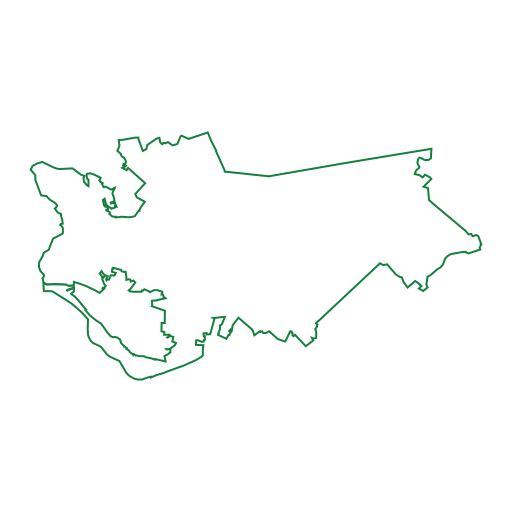 Tīnūžu pag., Ikskiles, Latvia (Mercator projection)
{"feature_id": "27541924B46293961253213", "entity_name": "Tīnūžu pag.", "entity_type": "district", "adm_level": 2, "iso_a3": "LVA", "parent_name": "Latvia", "parent_adm1": "Ikskiles", "projection": "mercator", "projection_center": [24.551, 56.857], "detail": "fine", "context": "isolated", "style": "outline", "palette": "green", "viewbox_px": 512, "rotation_deg": 0, "n_neighbors": 0, "source": "geoboundaries", "source_scale": "gbopen_adm2", "svg_char_len": 6001}
<svg xmlns="http://www.w3.org/2000/svg" viewBox="0 0 512 512"><path d="M468.5,253.4L480.3,249.5L479.6,247.7L481.0,244.9L480.8,244.4L481.3,244.2L478.6,237.0L477.7,235.6L475.9,235.1L472.7,236.3L471.2,234.0L468.5,234.4L465.6,230.9L433.9,204.4L429.0,199.9L428.0,188.2L423.6,186.7L431.3,179.0L430.1,177.5L425.1,174.7L422.6,177.4L419.3,175.1L414.8,174.1L415.4,172.7L415.2,172.6L415.5,171.9L416.3,170.2L419.0,168.0L419.3,167.4L419.4,166.8L417.9,164.4L417.4,162.9L418.1,159.3L418.6,158.3L419.6,157.7L420.5,157.7L423.9,159.7L425.4,160.1L428.6,159.9L429.9,159.1L430.9,158.3L431.0,156.4L431.4,148.8L345.5,163.0L268.8,176.3L224.7,171.6L224.4,169.9L216.1,151.4L216.3,150.9L210.9,140.2L207.8,132.5L188.6,138.9L182.0,135.9L181.2,135.8L180.5,136.5L177.5,143.7L177.1,144.1L172.5,145.4L167.9,142.0L165.7,143.3L163.5,142.9L162.3,144.3L160.3,142.4L159.4,137.8L158.0,138.1L156.4,138.7L147.3,145.0L146.4,149.0L142.8,151.0L138.1,138.0L138.2,137.6L135.4,137.6L123.3,139.7L118.7,140.1L119.5,145.5L117.4,150.9L120.9,153.9L120.9,154.7L121.9,156.5L124.1,157.7L125.2,159.5L125.9,161.6L125.6,163.2L125.0,163.9L123.6,164.0L123.2,165.4L125.9,165.8L125.6,166.3L122.3,167.9L126.6,170.2L127.3,168.6L128.0,167.9L145.2,183.2L135.3,194.0L136.8,197.4L144.8,201.7L140.6,207.6L139.7,210.0L139.1,210.5L139.2,210.8L138.6,210.8L134.7,216.3L129.4,217.3L121.1,216.7L120.8,217.0L115.6,217.4L115.7,216.8L112.3,216.5L109.4,214.0L109.9,213.1L109.5,212.0L106.2,210.3L106.1,210.1L106.4,209.6L107.9,209.6L108.2,208.9L108.0,208.4L108.5,207.4L107.0,206.8L105.3,206.8L105.1,206.6L105.1,205.9L104.0,205.3L102.9,200.0L104.6,198.8L106.1,204.5L108.9,207.0L111.3,208.2L111.5,208.7L115.3,207.4L114.9,205.9L116.4,206.4L115.0,203.0L112.6,203.0L111.1,203.5L110.8,202.5L114.5,201.3L113.9,197.4L112.7,194.5L112.5,193.3L112.8,192.0L114.4,188.9L114.8,187.7L113.8,188.1L112.5,189.2L110.7,189.5L107.4,187.5L105.1,186.6L103.6,187.1L101.9,183.7L102.6,183.1L100.0,181.6L100.1,181.2L99.3,180.5L100.7,177.8L94.2,174.6L90.5,173.3L87.1,173.8L86.7,174.4L86.8,177.8L87.5,179.1L88.5,179.7L88.5,186.1L86.9,185.1L84.0,181.8L83.5,177.9L84.4,175.9L81.0,174.7L72.5,168.4L60.1,169.0L57.3,168.7L54.2,167.7L41.9,161.8L41.0,162.4L37.3,163.4L32.5,166.0L30.7,169.8L35.3,175.1L35.3,179.8L41.2,195.4L46.5,196.1L49.8,199.7L55.6,203.3L57.2,205.5L56.1,207.4L54.8,208.7L57.8,212.5L61.1,214.1L61.0,215.8L62.3,220.1L62.7,223.7L60.7,224.0L60.2,224.8L61.3,225.6L62.9,228.1L62.8,233.5L53.0,238.7L48.7,249.8L43.7,252.8L42.6,256.3L39.3,261.9L39.0,265.3L39.0,267.2L40.3,270.8L41.7,272.5L43.7,274.4L44.1,276.0L42.5,278.4L42.9,279.5L43.5,282.5L46.7,284.3L55.1,284.0L65.8,284.4L68.2,285.6L69.9,285.7L73.8,285.1L73.9,281.9L79.2,283.5L86.9,286.4L95.6,290.6L99.6,292.9L104.0,288.8L102.6,288.3L102.7,287.9L103.1,287.7L104.0,288.1L105.7,285.9L103.8,283.4L103.2,281.3L102.4,279.7L102.3,278.6L104.2,276.9L104.0,276.7L102.4,278.2L102.3,277.3L101.9,276.6L102.0,276.5L101.5,275.7L99.7,273.6L101.7,271.1L103.1,273.6L105.0,275.2L107.7,276.2L106.1,279.4L106.4,280.1L107.0,279.1L108.1,279.7L109.0,279.7L110.7,275.3L114.5,275.5L115.8,272.9L111.8,271.7L112.4,268.8L113.0,268.9L113.2,267.8L121.1,269.9L121.6,271.3L123.8,271.9L125.6,271.7L126.4,277.4L126.3,279.3L126.8,279.4L126.7,279.8L128.5,279.3L130.3,279.5L130.8,281.5L133.5,280.6L135.3,282.6L130.3,289.1L128.7,290.4L129.9,291.3L133.4,291.8L141.7,291.7L141.9,290.5L143.0,290.5L144.4,289.3L148.9,291.3L149.7,292.2L153.7,290.3L155.4,290.1L157.5,290.2L162.2,291.7L162.2,292.6L161.5,294.5L163.0,294.6L163.6,297.1L164.3,297.2L165.5,298.3L156.8,300.1L156.8,300.4L151.9,300.7L152.2,305.2L151.8,306.2L164.9,310.7L164.7,323.0L161.6,322.9L161.5,331.3L164.4,332.0L164.2,334.8L169.5,334.7L169.9,335.7L167.3,337.5L167.6,337.7L170.1,335.8L173.4,337.1L172.3,341.4L176.0,343.0L174.9,345.1L170.6,348.5L167.8,349.2L166.2,349.1L166.4,349.4L167.8,349.4L170.6,348.8L170.2,349.6L170.5,352.1L167.8,354.4L164.5,356.0L165.6,361.5L155.4,359.1L155.1,359.7L150.8,358.2L146.0,357.3L145.5,356.9L144.3,356.3L138.8,356.1L136.6,355.4L135.7,355.5L134.0,354.1L133.3,355.0L133.0,354.0L131.9,353.7L129.7,352.0L129.2,350.7L126.4,348.9L126.9,348.2L124.6,346.6L124.3,346.6L124.4,346.3L121.5,343.6L121.0,342.8L120.2,339.9L119.5,339.0L116.9,337.4L114.5,336.9L113.1,337.3L110.6,336.2L107.4,332.5L101.2,323.7L95.9,320.3L89.7,315.2L85.4,310.1L86.0,309.7L78.0,299.9L75.1,296.9L71.1,293.8L73.9,291.5L73.9,288.1L67.9,290.1L67.5,290.7L67.0,290.5L67.4,289.9L72.7,287.9L74.0,287.7L73.7,285.4L69.3,286.0L65.8,284.6L52.6,284.3L47.0,284.6L45.7,284.2L43.4,282.8L43.8,291.1L51.9,291.2L52.8,291.6L71.5,303.5L81.7,312.3L88.0,319.4L87.7,329.5L88.0,334.1L88.6,336.9L90.7,340.9L93.2,343.1L99.7,346.1L101.7,347.7L107.1,354.7L111.6,357.5L119.4,361.0L126.3,372.8L128.4,375.0L130.3,376.5L134.4,378.7L137.8,379.5L142.0,379.5L150.6,376.6L150.8,377.5L157.0,374.9L163.7,373.0L168.7,370.9L183.4,365.7L196.0,360.1L201.4,356.8L202.8,355.6L202.8,349.6L203.4,345.2L196.0,344.9L196.1,340.4L197.8,340.2L201.9,341.9L203.7,341.5L203.7,340.2L204.9,339.6L204.8,336.3L203.8,336.3L203.5,333.4L206.6,333.1L206.8,334.5L210.2,334.2L214.4,319.0L213.1,318.1L224.9,316.8L221.9,324.3L219.8,325.5L220.2,328.6L218.4,333.1L218.7,333.3L218.1,334.9L226.4,338.8L228.6,334.8L229.5,335.0L230.1,333.3L230.9,332.2L229.2,331.0L230.4,329.5L231.2,330.6L231.8,330.7L232.7,325.2L238.5,317.7L252.1,329.5L252.8,330.7L254.4,335.3L260.0,331.2L260.4,331.9L262.1,331.4L262.9,332.7L263.7,333.1L266.2,332.9L269.1,331.3L277.8,339.0L285.1,341.5L285.7,340.7L290.2,331.3L291.7,331.6L291.8,332.8L292.6,333.4L292.5,335.4L293.5,336.2L295.0,334.8L305.8,346.2L313.2,340.5L312.0,337.9L313.6,338.6L316.2,337.9L316.2,331.5L315.3,329.3L317.0,326.5L316.8,325.0L317.3,324.6L316.0,323.3L380.0,263.3L383.3,265.1L387.1,264.3L395.9,274.5L399.6,276.8L401.8,277.4L403.5,281.9L407.6,287.5L415.2,281.0L420.1,284.6L419.9,284.9L421.4,286.0L418.9,288.5L423.2,291.0L427.6,287.4L426.3,284.6L427.4,278.1L427.4,276.8L430.5,275.1L437.3,269.3L440.5,267.4L443.1,264.2L445.1,258.6L447.3,256.3L449.5,254.8L451.3,254.0L463.0,251.9L465.9,251.8L466.1,252.5L468.5,253.4Z" fill="none" stroke="#15803d" stroke-width="2"/></svg>